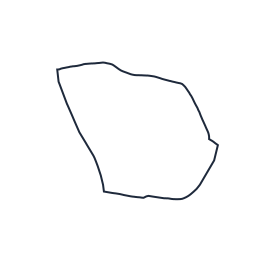 the district of Dhi Na'im, Al Bayda', Yemen, rotated 303°
{"feature_id": "15242507B90989220984962", "entity_name": "Dhi Na'im", "entity_type": "district", "adm_level": 2, "iso_a3": "YEM", "parent_name": "Yemen", "parent_adm1": "Al Bayda'", "projection": "natural_earth1", "projection_center": [45.475, 14.11], "detail": "fine", "context": "isolated", "style": "outline", "palette": "slate", "viewbox_px": 256, "rotation_deg": 303, "n_neighbors": 0, "source": "geoboundaries", "source_scale": "gbopen_adm2", "svg_char_len": 2371}
<svg xmlns="http://www.w3.org/2000/svg" viewBox="0 0 256 256"><g transform="rotate(303 128 128)"><path d="M61.6,142.4L64.9,150.1L65.7,151.8L66.5,153.4L67.3,155.2L68.1,157.0L68.8,158.9L69.3,160.3L69.4,160.7L70.3,162.9L71.2,165.1L72.0,167.1L72.9,169.1L73.8,170.8L73.9,171.1L75.1,173.5L76.3,175.7L77.2,177.7L77.7,178.6L78.0,179.1L80.6,180.6L82.2,182.1L84.1,186.4L88.8,196.7L89.2,197.3L90.2,198.9L90.9,200.1L91.3,200.9L91.3,201.0L92.3,203.3L93.3,205.2L94.0,206.3L94.2,206.7L95.4,208.5L96.7,210.4L98.1,212.0L99.7,213.2L101.6,214.4L103.5,215.4L103.7,215.5L105.4,216.2L107.2,216.8L110.3,217.7L114.3,218.7L119.6,219.2L147.7,217.9L162.6,212.7L162.7,211.4L162.7,210.6L162.8,209.1L163.0,207.1L163.0,205.2L162.9,203.4L162.9,202.0L163.5,201.7L165.2,200.5L166.6,199.2L167.9,197.7L169.1,195.9L170.1,194.3L171.2,192.6L171.4,192.3L171.9,191.6L172.2,191.1L173.3,189.4L173.8,188.6L174.4,187.7L175.5,185.9L176.6,184.3L177.8,182.5L178.8,181.1L180.3,179.1L181.2,177.4L182.3,175.8L182.6,175.4L183.5,173.7L184.4,172.0L185.3,170.4L186.5,168.4L187.5,166.8L187.8,166.3L188.5,165.1L188.6,164.9L188.8,164.5L189.4,163.4L190.1,161.6L191.0,160.0L191.7,158.2L192.6,156.1L193.6,153.6L194.1,151.4L194.4,149.5L194.0,147.6L193.3,145.9L192.5,143.8L191.9,142.0L191.1,139.9L190.5,138.0L190.3,137.5L190.1,137.1L189.8,136.1L189.2,134.3L188.5,132.2L187.8,130.0L187.3,127.9L186.7,125.8L186.1,123.7L185.5,121.9L184.6,119.9L183.6,117.7L182.7,115.9L181.7,114.3L180.6,112.4L179.5,110.5L178.2,108.4L177.0,106.5L176.0,104.7L175.1,102.5L174.5,100.7L174.4,100.1L174.1,98.8L173.6,96.5L173.1,94.4L172.7,92.6L172.4,90.6L172.4,88.5L172.4,87.9L172.5,86.3L172.6,84.5L172.6,84.3L172.7,82.5L172.7,82.3L172.7,81.1L172.7,80.7L172.7,80.4L172.3,78.9L172.2,78.5L171.7,77.1L170.9,75.2L170.2,73.2L169.3,71.4L168.1,69.9L167.0,68.6L166.6,68.1L165.8,67.0L164.5,65.4L164.1,64.9L163.3,63.8L162.3,62.3L161.6,61.4L161.0,60.6L159.9,59.2L158.9,57.9L158.8,57.7L157.4,56.1L155.9,54.9L154.4,53.5L153.1,52.2L152.1,51.2L151.9,50.9L150.7,49.5L149.6,48.0L149.0,47.4L148.0,46.2L146.7,45.0L145.4,43.6L144.0,42.2L142.5,40.6L141.2,39.4L139.8,38.5L138.7,37.1L138.5,36.8L129.6,44.1L129.0,44.6L127.5,46.7L116.5,61.6L114.8,63.9L114.7,64.2L114.4,64.6L113.5,66.0L108.5,73.6L107.1,75.7L104.2,80.0L97.9,89.6L92.0,101.8L91.9,101.9L86.0,114.0L84.7,116.2L82.3,119.6L79.5,123.4L73.4,131.0L66.8,138.0L61.6,142.4Z" fill="none" stroke="#1e293b" stroke-width="2"/></g></svg>